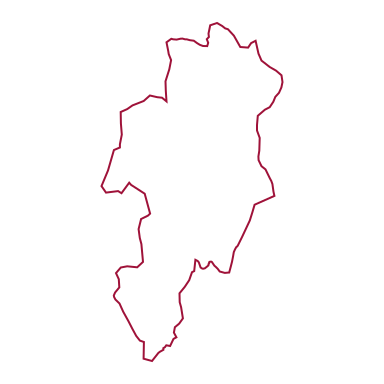 Yewa South, Ogun, Nigeria
{"feature_id": "59680162B97490121732821", "entity_name": "Yewa South", "entity_type": "district", "adm_level": 2, "iso_a3": "NGA", "parent_name": "Nigeria", "parent_adm1": "Ogun", "projection": "equal_earth", "projection_center": [2.951, 6.767], "detail": "fine", "context": "isolated", "style": "outline", "palette": "rose", "viewbox_px": 384, "rotation_deg": 0, "n_neighbors": 0, "source": "geoboundaries", "source_scale": "gbopen_adm2", "svg_char_len": 2059}
<svg xmlns="http://www.w3.org/2000/svg" viewBox="0 0 384 384"><path d="M274.4,195.9L273.5,191.8L272.4,184.0L271.3,181.0L269.8,178.2L265.5,169.4L261.5,166.2L258.6,160.2L258.4,156.5L259.3,150.7L259.7,137.9L257.0,130.5L257.0,125.0L257.8,115.8L264.9,109.7L269.7,107.2L273.3,101.8L275.3,96.9L279.0,92.8L281.4,87.4L282.5,82.1L281.5,75.3L276.0,70.6L269.7,67.0L261.5,60.6L259.7,56.4L258.5,53.7L255.6,40.8L251.1,43.1L248.1,47.6L240.3,47.0L233.9,35.7L227.9,29.2L225.2,28.4L222.2,26.0L217.0,23.0L210.2,25.3L208.5,33.6L208.9,37.0L206.8,39.2L208.2,42.8L207.2,46.1L203.0,46.0L199.8,44.8L196.9,43.0L193.8,40.7L189.9,40.2L188.1,39.7L186.7,39.3L185.0,39.3L182.5,38.6L180.6,38.7L176.6,39.6L173.1,39.3L171.3,38.8L166.5,42.3L168.3,51.4L168.7,54.0L171.1,60.1L169.3,69.3L165.5,81.3L165.8,90.8L166.5,101.4L162.0,97.7L157.3,97.2L149.9,95.5L143.7,101.0L132.5,105.4L127.2,109.1L120.7,112.0L120.9,123.4L121.8,134.6L119.9,144.3L119.9,147.5L114.0,150.0L113.7,150.8L108.0,170.5L101.5,186.1L106.0,192.6L118.1,191.1L121.5,193.2L129.2,182.7L131.1,184.9L144.7,193.7L150.1,213.6L148.0,215.6L141.1,219.0L138.6,229.1L139.8,238.0L141.4,244.1L143.0,261.9L137.2,267.3L127.2,266.3L120.8,267.5L116.0,273.1L118.8,279.2L119.3,287.4L115.1,292.5L113.8,295.5L114.1,297.0L115.4,299.5L119.5,303.5L123.2,311.7L128.4,321.1L132.3,328.7L136.2,335.9L139.9,340.6L143.9,342.0L143.6,358.7L152.0,361.0L158.4,352.9L160.0,351.7L163.4,349.8L163.3,348.2L164.9,347.2L166.3,345.3L170.1,346.0L173.5,338.9L176.4,337.3L173.9,332.6L174.9,327.2L179.2,323.6L182.9,318.4L181.1,307.2L179.7,302.2L179.5,293.3L184.8,286.8L189.2,280.2L192.0,272.2L194.2,271.1L195.4,259.8L197.7,261.0L198.8,262.3L200.6,267.5L202.3,268.6L203.4,268.7L204.9,268.3L206.9,266.7L208.4,265.4L208.5,264.1L208.9,263.8L209.2,263.1L209.1,262.3L209.7,261.8L211.1,261.6L211.9,262.0L214.4,265.7L215.8,266.9L217.7,268.8L219.7,271.5L224.8,272.9L229.2,272.5L230.7,266.9L232.0,261.8L233.1,256.2L233.8,252.1L235.0,249.4L236.2,247.2L237.3,246.3L237.9,245.4L242.1,236.9L249.8,220.5L252.4,212.2L254.6,204.7L274.4,195.9Z" fill="none" stroke="#9f1239" stroke-width="2"/></svg>